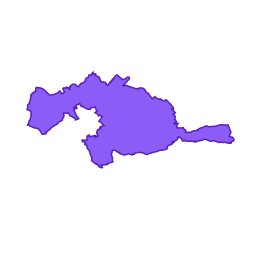 Nogales, Veracruz, Mexico, rotated 113°
{"feature_id": "50627088B81981974228301", "entity_name": "Nogales", "entity_type": "district", "adm_level": 2, "iso_a3": "MEX", "parent_name": "Mexico", "parent_adm1": "Veracruz", "projection": "natural_earth1", "projection_center": [-97.192, 18.835], "detail": "fine", "context": "isolated", "style": "filled", "palette": "violet", "viewbox_px": 256, "rotation_deg": 113, "n_neighbors": 0, "source": "geoboundaries", "source_scale": "gbopen_adm2", "svg_char_len": 5884}
<svg xmlns="http://www.w3.org/2000/svg" viewBox="0 0 256 256"><g transform="rotate(113 128 128)"><path d="M114.2,199.1L114.8,199.5L115.0,200.1L114.5,200.6L115.7,201.2L115.7,201.4L116.4,201.7L116.2,201.7L116.0,202.7L117.4,203.3L119.1,201.3L119.8,200.3L122.4,202.2L120.5,205.3L123.9,207.0L126.2,209.4L126.4,209.9L127.9,211.8L128.2,213.4L125.7,219.7L125.2,222.8L125.4,224.3L126.2,227.5L126.4,228.2L126.7,228.3L128.6,228.1L129.9,227.5L130.5,227.4L131.4,228.2L132.0,228.2L132.2,228.9L132.6,229.2L135.6,230.4L137.1,229.6L141.9,228.7L143.3,228.7L144.0,228.2L144.6,228.8L146.1,229.3L147.7,228.6L149.4,228.2L150.5,228.1L150.4,226.3L150.4,224.0L152.3,222.8L153.1,222.9L154.8,221.9L157.7,221.6L159.4,221.2L160.1,221.8L161.9,221.4L164.6,221.6L164.0,220.1L164.5,219.2L164.6,218.2L164.4,217.5L164.5,215.4L164.3,213.3L163.9,211.9L163.7,210.8L164.9,207.8L165.5,207.1L167.2,204.4L167.0,203.8L166.1,202.3L165.3,201.3L164.2,201.1L164.1,201.5L163.5,201.9L162.5,200.9L161.2,200.3L159.7,199.2L158.0,198.8L157.1,198.4L152.5,195.0L149.9,193.9L149.4,193.9L148.6,193.4L147.8,192.3L146.2,191.5L145.4,192.0L144.8,191.9L143.8,191.5L141.8,191.7L139.7,193.2L137.5,188.7L138.4,187.3L139.3,186.6L139.8,180.5L140.1,180.1L141.1,179.6L138.7,177.0L137.1,179.7L135.8,181.4L133.2,184.1L130.4,186.0L129.4,184.9L130.9,184.0L129.9,182.7L127.9,184.8L124.3,182.0L125.1,181.3L126.5,179.1L125.9,178.6L126.4,173.9L126.4,171.9L125.4,170.1L124.8,170.6L123.8,169.9L122.3,167.2L121.5,166.4L124.5,163.6L124.4,163.2L126.8,164.4L127.0,161.4L127.5,160.8L128.3,160.1L128.4,159.7L127.2,159.3L127.7,156.1L133.2,157.4L133.4,155.1L134.5,153.1L135.2,151.0L136.9,153.0L137.7,153.0L137.6,153.9L138.7,153.5L139.1,154.0L139.9,153.2L141.2,155.2L144.6,155.1L145.8,153.8L147.2,152.6L147.7,153.3L148.0,153.0L148.4,153.3L149.3,154.5L149.2,154.9L148.9,155.1L148.4,154.5L148.1,154.6L147.8,154.9L147.7,155.4L151.0,159.6L149.6,160.8L150.3,161.7L150.8,161.3L151.5,162.6L155.2,160.9L156.9,165.4L157.8,165.1L158.4,164.7L158.4,164.3L157.8,162.6L157.9,161.5L158.3,161.0L158.6,161.0L159.1,161.0L159.6,161.7L160.0,161.6L160.2,160.9L159.9,159.9L160.0,159.0L161.0,158.7L161.7,158.1L162.5,157.7L163.0,157.1L163.1,156.2L163.3,156.1L164.2,154.6L166.1,153.0L167.0,152.5L168.1,151.3L168.4,150.7L169.1,150.1L169.4,149.5L171.9,148.9L172.4,148.6L172.5,147.9L172.4,147.6L173.3,145.8L173.8,142.8L173.8,142.5L173.6,142.4L173.0,142.4L173.1,142.1L174.0,141.2L175.0,139.1L175.1,138.4L174.9,136.8L174.4,136.1L172.9,138.2L169.5,132.5L168.8,133.1L165.3,128.8L164.6,129.0L163.7,129.7L161.6,130.6L160.9,131.1L159.9,132.2L157.6,133.5L157.0,133.0L155.3,133.5L154.5,133.4L153.5,131.1L153.9,129.5L154.3,129.3L154.3,128.9L153.9,128.2L154.4,127.0L154.1,126.2L154.8,125.6L154.9,125.1L154.4,124.0L154.6,121.6L153.6,119.7L152.8,119.1L152.3,118.2L151.4,117.5L151.4,115.8L151.1,114.7L151.4,113.8L150.4,113.4L150.1,112.9L149.4,112.4L149.8,112.3L149.5,111.8L148.5,111.5L148.0,111.1L146.2,108.5L145.0,104.4L145.2,100.6L145.0,100.1L143.2,98.4L140.1,94.6L138.3,92.1L137.0,90.9L136.0,89.8L134.6,87.0L133.1,85.1L131.7,83.9L131.4,84.4L130.3,84.3L129.5,84.6L127.8,83.6L127.2,82.6L126.1,81.5L125.1,81.1L123.4,82.1L123.1,81.7L124.2,80.8L123.8,80.4L123.4,80.4L123.1,80.1L122.7,80.4L122.0,79.9L121.2,79.9L120.9,79.1L119.4,78.2L117.9,78.3L117.5,78.0L117.3,78.3L116.5,78.5L116.3,78.3L116.4,76.6L116.7,76.2L116.5,75.5L116.6,74.9L118.2,73.4L118.6,72.6L117.9,71.1L117.3,71.0L117.6,70.5L117.2,69.3L116.8,68.5L117.0,68.1L115.9,66.0L116.1,65.5L115.0,64.0L115.0,62.4L114.4,61.8L114.7,61.5L114.7,61.0L114.2,60.9L114.3,60.4L114.1,59.8L113.6,60.1L113.2,59.1L112.4,58.3L111.6,56.9L110.1,54.7L109.3,54.5L107.9,51.8L108.1,50.3L108.0,49.9L108.1,47.4L107.9,46.8L106.5,44.6L106.0,42.8L106.0,40.7L105.8,40.2L105.9,39.7L105.9,39.0L104.6,36.5L104.4,35.1L103.3,33.3L103.0,31.7L102.9,30.0L101.8,27.3L101.4,27.3L101.6,28.3L100.7,27.4L99.8,27.2L98.6,25.6L97.9,26.1L96.9,26.1L95.7,28.0L96.3,31.5L91.5,31.6L90.9,32.5L86.0,37.1L86.9,38.6L87.6,40.8L89.0,44.4L89.8,45.5L90.6,46.2L92.6,48.7L93.3,50.5L95.1,53.4L95.3,55.1L95.2,56.1L95.8,57.2L99.0,60.0L99.4,61.0L101.4,62.7L102.1,63.1L102.6,62.7L102.6,63.1L102.9,63.5L103.4,63.8L105.0,66.5L106.3,67.8L107.7,68.7L108.2,70.4L109.5,73.4L108.8,73.3L107.3,74.2L107.8,75.2L106.1,77.1L107.2,79.0L108.8,83.3L106.4,83.8L105.8,84.1L105.4,83.9L105.0,84.2L104.5,84.0L105.8,86.1L106.4,86.4L105.9,87.4L103.4,85.5L102.6,86.9L101.9,87.7L102.1,88.5L99.7,88.7L99.0,89.0L98.6,89.4L98.3,89.9L98.1,91.1L97.8,91.9L97.1,91.6L97.1,91.3L96.0,90.6L95.4,90.4L93.7,94.5L93.0,95.1L92.7,93.6L91.3,94.7L89.3,98.4L89.1,99.4L87.1,103.8L87.9,104.7L88.8,105.1L89.1,107.6L88.5,109.8L89.4,110.3L89.3,112.1L89.5,112.9L89.1,114.3L88.5,115.5L90.4,116.4L91.2,116.5L91.2,117.8L89.0,121.6L88.2,122.7L88.1,123.4L88.2,124.5L86.1,127.7L85.6,128.9L85.7,130.8L86.9,133.5L87.9,133.3L88.9,137.3L89.5,146.2L89.9,147.2L91.2,148.6L91.0,149.1L83.1,146.2L82.1,146.0L81.3,146.2L81.0,146.7L80.9,147.6L81.4,148.5L83.4,149.4L84.8,150.7L85.4,151.8L85.4,152.4L84.8,153.7L84.7,155.1L84.1,156.3L83.6,158.5L83.3,158.9L84.0,159.4L85.2,160.0L86.3,160.1L87.0,160.4L88.0,160.8L88.1,160.4L88.5,160.5L88.4,161.0L88.9,161.2L89.1,160.5L89.6,160.7L89.4,161.3L89.8,161.5L90.8,161.3L91.4,162.0L92.4,162.3L92.5,161.7L93.0,161.9L92.9,162.4L96.7,163.3L96.7,163.9L96.3,163.8L96.4,165.3L95.4,165.5L94.9,166.6L95.3,169.2L96.3,170.4L92.5,174.4L92.3,175.2L92.5,175.7L92.1,176.2L92.4,176.8L92.5,178.4L92.3,178.6L91.0,178.6L90.9,178.9L91.1,180.3L91.8,181.5L90.5,181.9L91.4,182.4L92.2,182.5L93.7,182.4L94.1,184.0L94.5,184.7L95.8,184.5L96.3,184.3L97.5,184.8L98.3,185.9L98.5,186.0L100.8,186.1L101.0,185.5L102.2,185.8L104.4,187.5L105.5,188.9L107.0,189.0L107.5,189.5L108.7,189.6L109.7,190.2L109.2,191.7L108.4,193.1L109.1,195.9L111.1,197.1L111.3,197.1L111.6,197.3L112.2,197.2L112.5,197.6L112.8,197.7L112.9,197.4L113.5,197.2L114.0,197.4L114.8,196.6L115.2,196.5L115.1,197.5L114.7,197.6L114.6,198.2L114.3,198.6L114.2,199.1Z" fill="#8b5cf6" stroke="#5b21b6" stroke-width="1.5"/></g></svg>